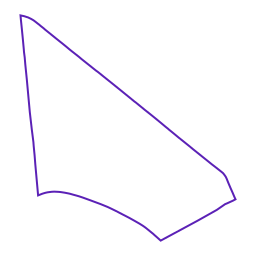 Khlong Toei, Bangkok Metropolis, Thailand
{"feature_id": "78962969B43095754832061", "entity_name": "Khlong Toei", "entity_type": "district", "adm_level": 2, "iso_a3": "THA", "parent_name": "Thailand", "parent_adm1": "Bangkok Metropolis", "projection": "robinson", "projection_center": [100.573, 13.719], "detail": "fine", "context": "isolated", "style": "outline", "palette": "violet", "viewbox_px": 256, "rotation_deg": 0, "n_neighbors": 0, "source": "geoboundaries", "source_scale": "gbopen_adm2", "svg_char_len": 1603}
<svg xmlns="http://www.w3.org/2000/svg" viewBox="0 0 256 256"><path d="M235.5,199.3L234.6,197.4L232.7,192.9L230.6,188.2L228.3,182.8L226.7,178.8L225.8,176.9L225.0,175.7L224.5,175.0L224.3,174.8L224.0,174.3L223.7,174.0L223.1,173.2L222.6,172.8L221.8,172.1L219.4,170.2L213.9,165.9L211.8,164.3L194.4,150.3L192.9,149.1L189.3,146.1L187.3,144.5L183.2,141.2L178.8,137.7L175.2,134.7L171.3,131.5L168.7,129.4L168.1,128.8L165.7,126.9L163.2,124.8L157.4,120.0L150.4,114.3L145.2,110.2L140.2,106.1L135.4,102.2L134.4,101.5L130.4,98.2L122.9,92.1L117.7,87.9L103.4,76.4L97.7,71.8L96.0,70.6L92.0,67.4L85.6,62.3L81.7,59.2L79.0,56.9L72.0,51.4L69.5,49.4L66.3,46.7L61.5,42.8L60.6,42.1L55.6,38.1L45.7,30.1L45.3,29.8L43.3,28.0L43.0,27.8L40.6,25.9L39.1,24.6L37.9,23.7L36.0,22.2L35.1,21.5L33.5,20.3L31.1,18.9L28.0,17.4L26.0,16.8L25.8,16.7L24.2,16.2L20.5,15.4L20.9,19.8L21.9,29.5L22.9,39.7L23.8,49.4L24.0,52.0L24.7,57.4L25.3,64.5L26.8,79.3L28.3,95.7L29.8,112.1L31.8,129.5L33.4,142.1L33.7,146.1L34.6,155.4L35.3,164.3L35.4,165.4L35.8,169.9L38.1,195.4L42.1,193.8L44.0,193.2L45.8,192.7L47.7,192.3L51.6,191.8L53.4,191.7L55.3,191.7L57.2,191.8L59.1,191.9L60.9,192.1L62.8,192.4L64.7,192.7L68.3,193.4L70.1,193.8L73.6,194.8L76.2,195.5L79.0,196.3L82.6,197.5L86.2,198.8L89.8,200.1L95.2,202.1L100.6,204.1L107.7,207.0L111.1,208.6L116.2,211.1L123.3,214.8L124.5,215.4L129.5,218.0L134.5,220.8L139.4,223.6L142.6,225.6L144.2,226.7L145.7,227.8L152.1,233.0L153.0,233.7L154.5,235.1L156.0,236.4L160.7,240.6L197.6,220.7L216.8,209.9L225.2,204.1L226.5,203.6L227.4,203.2L231.1,201.5L232.9,200.7L235.5,199.3Z" fill="none" stroke="#5b21b6" stroke-width="2"/></svg>